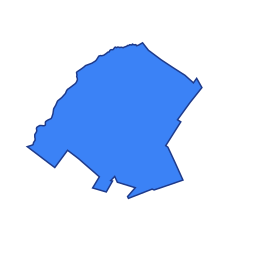 Addison, Vermont, United States of America (Albers equal-area conic projection), rotated 44°
{"feature_id": "52423323B4110590871178", "entity_name": "Addison", "entity_type": "district", "adm_level": 2, "iso_a3": "USA", "parent_name": "United States of America", "parent_adm1": "Vermont", "projection": "albers", "projection_center": [-73.298, 44.028], "detail": "fine", "context": "isolated", "style": "filled", "palette": "blue", "viewbox_px": 256, "rotation_deg": 44, "n_neighbors": 0, "source": "geoboundaries", "source_scale": "gbopen_adm2", "svg_char_len": 1694}
<svg xmlns="http://www.w3.org/2000/svg" viewBox="0 0 256 256"><g transform="rotate(44 128 128)"><path d="M64.9,194.7L65.1,195.4L65.4,197.1L65.6,197.6L67.3,199.3L68.6,200.2L69.7,201.5L70.1,203.8L70.3,204.3L71.2,205.8L71.2,206.2L70.3,208.1L68.5,211.4L97.3,208.0L102.8,207.3L100.0,186.0L113.7,184.4L141.3,183.0L144.2,195.7L156.8,189.1L153.7,176.9L152.1,177.8L152.1,172.1L158.0,174.4L174.7,165.9L175.3,177.6L177.2,178.3L187.8,155.2L189.8,154.4L193.2,147.9L203.7,127.3L186.4,120.4L170.0,114.1L167.4,114.5L161.7,86.9L157.9,87.7L154.9,66.4L153.1,47.6L142.9,44.6L143.7,50.1L132.4,50.5L118.5,53.3L104.6,55.9L88.7,57.9L79.3,56.6L78.7,58.6L78.0,61.1L77.1,62.8L76.9,62.9L75.9,62.6L75.6,62.7L74.9,63.7L74.3,64.1L72.9,64.6L73.1,65.6L71.4,66.9L71.2,68.2L70.4,68.9L70.3,69.1L70.3,70.2L69.7,71.2L68.9,72.9L68.8,73.5L66.9,74.7L66.5,75.4L65.9,76.1L65.4,76.2L64.4,76.9L64.0,78.1L63.7,78.3L63.0,78.4L62.6,78.8L62.5,79.4L62.8,81.8L62.6,82.3L61.4,83.4L61.2,84.0L61.1,84.7L61.3,85.5L61.5,86.1L61.5,86.3L60.8,87.5L60.6,89.6L60.0,92.5L59.8,92.9L58.8,94.4L58.0,94.9L57.1,96.4L57.1,96.8L57.5,98.5L58.0,101.0L58.0,102.5L57.0,106.5L54.1,112.6L53.9,114.9L53.5,117.4L52.3,123.0L52.4,123.8L53.8,124.9L54.4,125.2L55.4,126.7L56.1,127.0L57.3,127.7L58.1,128.5L58.8,130.2L58.9,130.5L59.2,131.7L59.2,133.2L58.0,140.8L57.7,141.9L57.7,142.7L58.0,144.1L59.0,146.6L59.2,152.2L58.6,157.0L58.7,157.9L60.2,161.8L61.0,165.2L61.3,166.0L64.0,169.7L65.6,172.9L66.1,174.4L66.1,174.8L64.9,177.7L64.5,179.3L64.3,180.6L64.6,181.3L66.1,182.8L66.4,183.2L66.5,183.5L66.2,184.4L65.5,185.3L64.4,186.0L62.9,187.4L62.5,188.4L62.0,190.5L62.0,191.0L62.5,192.0L64.1,193.2L64.6,193.9L64.9,194.7Z" fill="#3b82f6" stroke="#1e3a8a" stroke-width="1.5"/></g></svg>